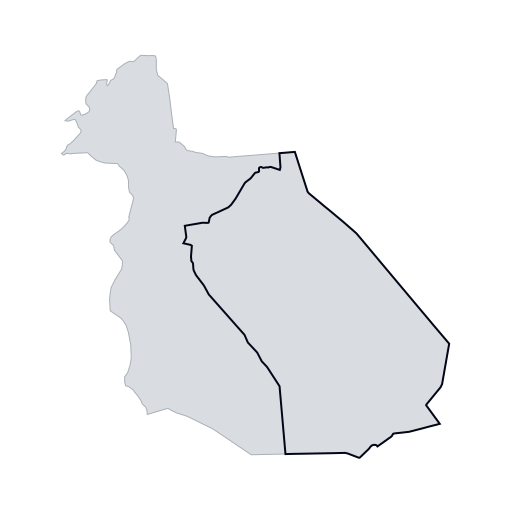 where Agadez sits in Niger, rotated 85°
{"feature_id": "NER-800", "entity_name": "Agadez", "entity_type": "Department", "adm_level": 1, "iso_a3": "NER", "parent_name": "Niger", "parent_adm1": "", "projection": "natural_earth1", "projection_center": [10.912, 19.426], "detail": "medium", "context": "in_parent", "style": "outline", "palette": "ink", "viewbox_px": 512, "rotation_deg": 85, "n_neighbors": 0, "source": "natural_earth", "source_scale": "10m", "svg_char_len": 4951}
<svg xmlns="http://www.w3.org/2000/svg" viewBox="0 0 512 512"><g transform="rotate(85 256 256)"><path d="M404.4,378.1L399.6,378.2L396.8,379.2L393.4,382.2L389.5,383.4L384.8,386.1L381.8,388.2L379.0,389.9L375.1,394.0L373.9,397.2L370.0,397.8L364.7,397.3L361.3,394.1L353.3,390.8L348.2,389.5L345.8,389.1L333.7,388.5L320.8,389.8L314.3,391.3L313.1,391.7L309.3,393.7L306.2,395.9L297.9,406.0L286.8,405.7L280.3,404.5L274.7,403.0L266.9,398.2L257.3,391.0L253.6,390.0L250.2,389.5L249.1,389.5L237.6,396.7L235.4,396.6L232.6,397.4L230.8,399.2L229.5,400.1L228.1,400.2L226.3,399.8L224.6,398.7L222.8,396.7L218.1,388.7L217.1,387.3L215.1,384.9L211.7,381.3L209.4,379.5L208.0,379.1L206.3,379.4L197.1,376.2L187.9,372.9L185.9,373.3L184.4,374.0L181.2,376.5L177.4,376.9L172.7,376.7L170.0,376.4L165.8,377.2L163.0,378.2L159.3,379.9L154.5,384.5L153.1,385.0L151.9,385.8L150.2,398.4L148.9,402.1L146.5,407.1L141.7,411.9L138.4,414.8L138.3,418.7L138.0,425.0L137.9,429.4L138.1,432.2L137.5,433.6L137.3,434.8L137.4,436.7L138.2,437.5L138.7,438.7L138.4,439.7L136.8,440.8L135.1,437.9L132.9,435.9L130.5,435.0L128.9,433.6L128.1,431.5L125.0,427.6L117.8,419.8L117.0,419.6L115.8,419.3L113.8,420.3L112.5,421.5L111.6,422.0L110.3,422.1L106.8,423.1L104.1,424.4L104.0,425.4L105.3,431.3L104.6,434.5L103.4,433.0L99.5,427.0L96.7,422.6L96.3,421.6L95.9,420.1L96.2,419.5L97.2,419.0L99.8,418.4L100.3,418.0L100.4,416.8L100.0,414.5L98.7,411.4L97.2,409.4L96.4,409.0L94.9,408.9L93.2,409.2L90.1,411.7L88.8,412.2L85.6,412.0L82.8,411.5L81.1,410.2L76.0,405.3L70.4,400.1L68.0,399.3L67.5,398.8L67.1,394.8L67.3,390.0L67.6,388.7L70.0,389.5L72.5,389.8L73.3,388.9L71.3,387.2L68.4,385.5L67.4,382.9L66.6,382.0L65.3,381.0L63.8,380.5L62.3,379.8L61.3,379.0L59.6,378.7L57.8,378.1L55.3,373.9L52.9,369.8L51.5,366.5L51.0,364.5L51.8,361.2L51.0,359.9L48.3,356.5L46.0,353.4L46.7,348.5L47.2,344.4L47.2,341.9L47.6,340.4L47.9,338.8L49.5,338.3L53.4,338.3L61.0,339.1L67.1,338.2L67.4,338.1L71.8,333.7L76.6,329.2L83.8,328.7L91.5,328.2L97.6,328.0L106.4,327.7L113.6,327.4L121.9,327.0L122.2,324.9L122.7,324.4L123.5,324.3L129.6,325.4L135.3,326.5L135.8,322.6L140.8,317.6L143.7,316.6L144.4,315.7L145.3,314.1L145.9,311.5L146.2,309.7L147.2,308.1L148.0,305.3L149.1,300.4L152.0,295.3L153.7,288.3L154.0,281.5L154.3,276.4L155.2,275.3L155.2,266.2L155.3,257.0L155.4,249.2L155.4,239.6L155.5,231.1L155.5,221.9L155.6,213.7L155.6,208.2L161.4,206.9L167.4,205.5L176.2,203.6L185.6,201.4L196.0,199.1L198.3,197.7L206.1,189.8L209.7,186.2L216.7,179.1L222.1,173.6L229.0,166.7L236.2,159.6L242.0,154.1L251.1,147.7L264.8,138.2L278.5,128.6L292.1,119.0L305.8,109.5L319.4,99.9L333.0,90.4L346.6,80.8L360.2,71.2L373.8,74.9L386.8,78.3L399.9,81.8L403.0,83.7L409.9,90.5L418.9,99.2L419.2,99.4L419.6,99.4L428.1,94.3L439.2,87.6L442.2,105.7L444.5,121.2L444.8,131.1L444.9,133.7L445.8,135.4L447.9,137.2L456.2,151.5L454.5,154.0L455.8,158.4L457.9,160.3L464.9,168.9L465.8,170.5L465.4,171.9L460.7,181.9L459.9,184.4L459.0,197.2L458.4,206.2L457.6,218.6L456.5,233.4L455.7,245.9L454.6,262.4L453.6,278.0L446.7,286.6L434.4,301.8L424.4,314.2L419.4,322.5L409.6,338.7L405.2,349.2L401.8,354.7L400.1,357.0L401.6,364.7L404.4,378.1Z" fill="#d9dde1" stroke="#a8b0b8" stroke-width="1"/><path d="M360.2,71.2L399.9,81.8L403.0,83.7L404.5,85.2L418.9,99.3L419.3,99.5L419.7,99.4L439.2,87.6L439.9,91.5L440.2,93.5L441.5,101.3L441.9,103.3L444.3,117.7L444.5,119.0L444.8,132.8L444.9,134.2L445.0,134.7L445.4,135.2L446.6,135.9L447.1,136.3L448.1,137.5L448.7,138.6L449.1,139.4L451.4,143.2L451.8,144.0L452.3,144.7L453.2,146.3L455.4,150.1L456.3,151.6L455.2,152.3L454.6,153.5L454.4,155.0L454.6,156.4L454.9,157.2L455.3,157.8L455.8,158.4L458.0,160.4L465.5,169.7L465.9,170.3L466.0,170.9L465.8,171.4L460.7,181.9L459.9,184.4L459.0,198.5L458.9,200.0L458.8,201.4L458.0,212.8L457.9,214.2L457.2,224.2L456.4,235.6L456.3,237.1L455.9,243.9L387.8,243.9L367.6,254.6L362.2,258.8L361.8,259.2L361.3,259.5L352.3,263.2L341.4,271.7L333.6,274.3L290.2,306.4L280.8,310.5L269.9,317.4L265.0,319.3L263.4,319.5L258.5,319.4L258.0,319.4L257.5,319.5L255.4,320.8L250.9,320.8L240.2,319.0L239.2,320.3L237.0,327.2L231.7,323.9L230.2,323.8L219.7,324.3L218.2,306.4L218.8,301.4L218.8,300.9L218.7,300.4L218.2,300.1L214.1,298.9L213.9,298.8L213.6,298.6L211.8,297.0L211.6,296.8L211.5,296.6L211.0,295.7L210.9,295.4L205.2,279.5L205.1,279.3L202.8,276.3L196.9,271.2L182.7,261.1L182.2,260.6L181.6,260.0L178.2,254.6L173.6,250.2L173.2,249.8L173.0,249.4L172.5,246.2L172.3,245.8L172.0,245.6L169.1,245.4L168.7,245.3L168.3,245.0L168.0,244.5L167.9,244.1L167.8,243.8L167.8,243.6L167.8,243.3L167.9,242.9L168.7,241.5L168.8,241.1L168.6,237.4L168.6,237.2L168.8,236.5L168.8,236.4L168.9,236.2L168.8,235.7L168.6,235.2L168.5,234.5L168.5,234.1L168.5,233.9L168.6,233.7L168.8,232.9L172.3,224.8L169.8,223.9L156.0,223.7L155.6,223.7L155.7,208.2L175.7,203.7L196.0,199.1L197.2,198.6L198.3,197.7L213.9,182.0L215.5,180.3L228.8,166.9L229.8,165.9L242.1,154.1L247.3,150.4L259.9,141.6L281.5,126.5L320.9,98.9L337.0,87.6L340.6,85.1L360.2,71.2Z" fill="none" stroke="#020617" stroke-width="2"/></g></svg>